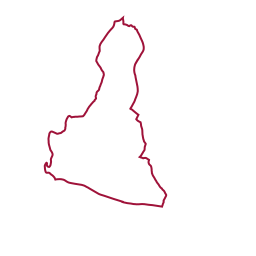 Tandahimba, Mtwara, United Republic of Tanzania (Mercator projection), rotated 37°
{"feature_id": "72390352B76468761426294", "entity_name": "Tandahimba", "entity_type": "district", "adm_level": 2, "iso_a3": "TZA", "parent_name": "United Republic of Tanzania", "parent_adm1": "Mtwara", "projection": "mercator", "projection_center": [39.541, -10.663], "detail": "fine", "context": "isolated", "style": "outline", "palette": "rose", "viewbox_px": 256, "rotation_deg": 37, "n_neighbors": 0, "source": "geoboundaries", "source_scale": "gbopen_adm2", "svg_char_len": 5690}
<svg xmlns="http://www.w3.org/2000/svg" viewBox="0 0 256 256"><g transform="rotate(37 128 128)"><path d="M57.6,43.1L57.5,43.5L57.4,44.1L56.9,46.4L56.6,47.2L56.2,47.9L55.5,48.7L54.7,49.5L54.4,49.8L53.5,50.7L53.5,51.6L53.7,51.9L54.2,52.7L55.0,54.6L55.1,55.2L55.3,55.8L55.3,57.8L55.1,59.1L55.0,60.4L54.9,61.6L54.9,62.5L54.8,63.9L55.0,69.2L55.2,72.0L55.2,75.2L55.4,77.5L55.8,78.8L56.1,79.8L57.1,81.2L58.9,83.3L59.1,83.6L59.2,83.9L59.4,85.0L59.7,85.9L59.9,86.6L60.4,88.2L60.4,88.8L60.6,90.1L61.5,92.2L62.0,93.1L62.4,93.6L62.5,93.7L64.0,94.3L65.5,95.0L66.6,95.4L68.1,95.8L68.7,96.0L69.8,96.3L70.6,96.8L72.3,97.6L72.9,97.8L74.6,98.2L75.0,98.4L75.4,98.9L76.0,99.3L76.4,99.7L76.9,100.4L77.0,101.0L77.3,101.5L77.8,103.2L78.3,104.8L79.2,106.8L79.5,107.6L79.9,109.3L80.1,109.9L80.6,111.5L80.8,112.6L81.1,113.3L81.3,113.7L81.4,114.1L81.7,114.5L81.8,114.8L81.8,115.5L81.8,116.1L81.6,116.7L81.5,117.8L81.6,118.5L81.8,118.9L82.1,119.5L82.4,120.0L82.6,120.3L82.6,120.9L83.1,122.1L83.5,122.6L84.5,123.4L84.7,123.7L84.7,124.6L84.6,125.3L84.6,125.8L84.9,126.4L84.8,126.7L84.5,128.3L84.4,130.0L84.3,130.7L84.3,131.9L84.2,133.7L84.2,134.9L84.3,135.8L84.4,137.3L84.6,138.0L84.7,138.6L84.9,139.8L84.9,140.7L85.1,143.1L85.2,143.7L85.1,144.8L85.0,145.6L84.3,146.4L82.7,147.7L81.7,148.6L80.8,149.5L79.7,150.3L78.8,151.0L78.4,151.5L77.6,152.1L77.2,152.6L76.8,153.1L76.6,153.4L76.3,153.4L75.3,153.4L74.1,153.5L73.8,153.8L73.6,154.1L73.4,154.5L73.3,154.9L73.7,157.9L74.1,159.1L74.5,160.2L74.9,161.1L75.4,161.9L76.2,162.7L76.4,163.1L76.8,163.6L77.4,164.7L77.7,165.5L78.1,165.9L78.5,166.6L78.6,167.2L78.8,168.1L78.7,168.6L78.0,170.1L77.9,170.7L77.7,171.1L77.6,171.9L77.2,172.6L76.1,173.8L75.8,174.3L75.2,175.0L74.8,175.3L73.4,175.6L71.2,176.1L69.7,176.5L69.4,176.6L69.0,176.9L68.7,177.2L68.5,177.9L68.4,178.7L68.6,179.8L69.5,181.5L69.9,182.4L70.6,183.8L71.0,184.5L72.8,186.6L73.3,187.3L74.0,188.0L74.7,188.7L77.3,190.7L79.2,192.2L79.7,192.4L80.9,192.8L82.1,193.3L83.2,194.0L83.6,194.4L83.9,194.8L84.1,195.2L84.3,195.8L84.6,197.2L84.8,198.1L85.0,198.8L85.2,199.3L85.6,199.9L86.1,200.4L86.9,201.3L87.9,203.2L88.5,204.5L88.6,205.4L88.6,206.1L88.5,206.5L88.3,206.6L88.0,206.8L87.5,207.0L87.0,207.0L86.6,207.0L86.2,206.9L85.3,206.2L85.1,205.9L85.0,205.6L84.8,205.2L84.3,204.8L83.9,204.8L83.8,205.1L83.7,205.5L83.8,206.2L83.9,207.1L84.2,208.1L84.5,208.6L85.0,209.1L85.9,210.2L87.0,211.3L87.6,211.8L88.5,212.5L88.9,212.7L89.4,212.8L89.7,212.8L89.9,212.7L90.8,212.1L91.3,211.6L91.8,211.3L92.5,211.2L93.0,211.2L93.5,211.2L93.8,211.4L94.1,211.4L94.7,211.4L95.1,211.4L96.1,211.3L96.9,211.4L98.1,211.6L99.0,211.8L99.5,212.0L99.8,212.2L101.0,212.9L101.7,212.1L102.9,211.0L104.3,209.9L105.3,209.2L106.3,208.7L107.6,208.1L108.4,207.9L109.1,207.8L110.7,207.7L111.8,207.6L113.3,207.3L114.3,206.9L115.6,206.3L119.0,204.6L125.2,201.3L126.5,200.8L127.6,200.4L128.6,200.2L129.3,200.1L130.3,200.0L131.7,199.7L133.8,199.5L143.0,198.4L144.5,198.2L145.6,197.9L146.3,197.7L149.6,196.5L159.2,193.3L168.1,190.1L168.2,190.4L169.5,189.9L172.7,188.4L175.8,186.6L177.2,185.9L178.2,185.4L179.1,184.8L179.7,184.4L180.6,183.9L182.3,182.6L183.9,181.2L184.5,180.7L185.7,179.8L186.7,179.1L190.7,176.9L194.1,174.8L202.5,170.3L202.3,169.8L202.0,168.7L201.6,167.8L201.2,166.1L201.0,165.5L200.7,165.3L200.3,164.9L200.2,164.6L200.0,164.1L200.0,163.8L199.8,162.5L199.7,161.8L199.5,160.9L199.4,160.0L199.3,159.6L199.1,159.0L198.9,158.6L198.7,158.4L197.8,158.0L197.4,157.9L196.4,157.4L195.7,157.0L194.7,156.6L194.1,156.5L192.5,156.4L192.0,156.2L191.6,156.0L191.2,155.9L190.6,156.0L189.8,155.9L189.2,155.8L187.8,155.3L186.4,154.7L185.6,154.5L184.4,154.2L183.3,153.8L182.3,153.3L181.1,152.9L179.8,152.3L178.7,151.8L177.6,151.4L176.8,151.1L175.6,150.5L175.1,150.1L174.3,149.7L173.9,149.2L173.3,148.5L172.8,148.1L171.5,146.5L170.8,145.8L169.6,144.8L169.3,144.7L169.0,144.5L168.4,144.4L168.1,144.4L167.2,144.3L166.8,144.2L166.3,144.0L165.7,143.6L165.0,143.0L164.7,142.5L164.4,141.9L164.2,141.2L164.0,140.8L163.8,140.8L162.9,140.9L161.9,141.0L161.0,141.0L160.3,141.2L159.9,141.4L159.5,141.8L158.8,142.3L158.6,142.8L158.3,143.1L157.9,143.1L157.2,143.3L156.3,143.7L154.8,144.1L155.0,142.9L155.0,142.0L154.9,141.0L154.8,140.4L154.8,139.7L154.7,139.0L154.6,138.3L154.5,137.4L154.5,136.6L154.4,135.6L154.0,134.9L153.6,134.3L152.8,133.1L152.6,132.5L151.8,130.2L151.7,130.0L151.0,129.7L149.6,129.3L148.8,129.0L148.4,128.7L148.0,128.3L147.0,127.7L145.2,126.1L144.4,125.3L143.5,124.5L140.6,121.0L139.6,120.1L139.0,119.7L137.2,118.4L135.7,116.8L134.7,116.0L134.6,115.9L134.0,116.0L132.9,116.2L132.0,116.3L130.9,116.3L129.7,116.1L129.3,116.0L129.2,115.7L129.1,114.8L128.7,112.9L128.4,111.2L128.2,111.2L127.3,111.2L126.0,111.2L121.5,111.0L120.7,110.9L120.0,110.9L119.3,111.1L118.7,111.2L118.3,111.2L118.2,110.8L118.1,109.9L118.1,109.2L117.9,107.8L117.5,105.2L117.3,103.6L116.9,101.9L116.5,100.8L115.9,98.5L115.5,97.2L114.9,95.3L114.6,94.7L113.9,93.2L113.7,92.8L113.4,92.4L112.1,90.8L110.6,89.2L103.6,83.0L102.2,81.6L100.8,80.7L99.5,79.6L98.1,78.1L97.4,77.0L96.8,76.1L96.3,75.1L95.5,73.2L95.2,72.0L94.9,69.6L95.0,69.7L94.9,68.9L94.8,67.4L94.5,64.1L94.2,62.3L94.1,61.6L94.0,60.9L94.0,60.6L93.9,59.1L93.8,58.0L93.6,56.9L93.1,55.6L91.8,53.8L90.7,52.8L89.4,51.7L89.1,51.5L88.4,51.0L88.3,50.9L88.2,50.9L87.5,50.4L83.8,48.4L82.4,47.6L80.8,46.7L78.7,45.8L77.4,45.2L76.6,44.7L75.9,44.2L75.7,44.2L75.4,44.2L75.1,44.3L74.7,44.5L74.2,44.5L73.8,44.3L72.6,43.4L72.3,43.3L71.9,43.4L71.5,43.8L71.1,44.1L70.6,44.2L70.0,44.2L69.3,44.0L68.9,44.0L68.6,44.1L68.3,44.4L68.0,44.9L67.9,45.3L67.9,45.6L67.7,45.9L67.0,46.2L66.8,46.2L66.4,46.3L65.6,46.3L65.3,46.3L64.7,46.5L63.5,46.9L62.8,47.3L62.3,47.7L61.6,47.6L60.3,45.8L59.4,44.9L57.7,43.3L57.6,43.1Z" fill="none" stroke="#9f1239" stroke-width="2"/></g></svg>